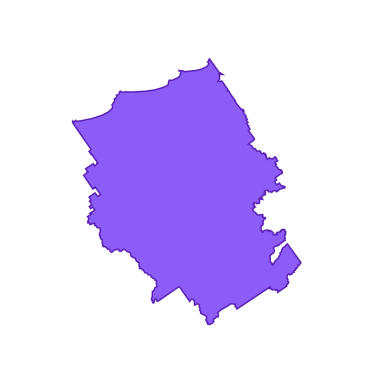 outline of Port Macquarie-Hastings, New South Wales, Australia, rotated 226°
{"feature_id": "25037944B90970778714828", "entity_name": "Port Macquarie-Hastings", "entity_type": "district", "adm_level": 2, "iso_a3": "AUS", "parent_name": "Australia", "parent_adm1": "New South Wales", "projection": "mercator", "projection_center": [152.45, -31.421], "detail": "fine", "context": "isolated", "style": "filled", "palette": "violet", "viewbox_px": 384, "rotation_deg": 226, "n_neighbors": 0, "source": "geoboundaries", "source_scale": "gbopen_adm2", "svg_char_len": 6001}
<svg xmlns="http://www.w3.org/2000/svg" viewBox="0 0 384 384"><g transform="rotate(226 192 192)"><path d="M142.5,87.9L141.2,88.0L140.4,87.1L139.1,87.0L138.7,87.6L140.7,90.4L140.5,91.8L137.8,91.1L137.7,91.5L137.1,91.5L132.9,117.2L114.8,114.3L115.6,116.5L113.9,118.3L111.3,117.7L110.4,116.4L108.8,115.3L108.4,115.7L108.2,118.1L105.7,118.9L103.9,117.0L102.5,116.9L101.6,115.4L100.4,115.4L98.7,114.0L92.7,116.0L91.6,115.6L90.3,113.0L88.7,113.1L88.3,112.3L87.3,112.4L86.3,111.5L84.8,112.1L83.4,115.6L83.7,117.8L85.0,118.2L85.4,119.4L85.0,121.4L85.3,122.7L84.3,123.6L84.1,124.3L85.0,125.6L87.3,126.4L87.1,128.3L87.4,129.9L84.9,139.6L85.1,141.1L83.5,143.5L81.9,144.3L81.0,145.4L79.8,143.5L79.1,143.4L78.3,144.0L76.6,143.1L69.5,182.2L69.1,181.6L69.2,180.9L68.7,180.5L67.4,181.8L65.9,181.7L64.0,183.8L63.3,184.0L62.9,185.0L62.2,184.7L61.9,185.5L61.0,185.8L60.6,185.6L60.7,184.5L60.3,184.0L59.6,187.7L58.5,194.6L59.3,195.0L59.2,195.9L59.6,196.0L59.3,197.8L60.4,199.2L61.0,198.6L62.5,200.2L62.9,199.9L63.6,200.7L64.6,201.0L65.4,201.6L66.1,203.8L65.5,205.0L64.8,204.7L63.8,205.8L64.1,206.8L63.6,207.1L64.0,209.1L63.4,209.7L64.5,210.2L64.0,211.9L65.1,213.2L64.3,213.7L64.8,214.4L64.4,215.5L65.9,217.5L64.7,218.6L65.3,219.7L65.5,221.3L88.3,224.6L88.7,223.4L88.1,221.2L88.8,218.8L88.3,216.8L87.2,215.7L86.9,212.8L85.4,211.7L85.4,210.0L84.4,208.0L84.6,204.3L83.4,199.3L84.3,199.3L85.5,200.2L87.4,199.8L88.3,200.3L89.3,201.9L90.6,202.3L90.9,203.1L92.1,203.9L91.6,208.5L92.2,210.1L92.9,210.8L95.3,211.6L95.2,214.3L94.0,215.4L93.9,217.5L93.4,217.8L93.6,220.3L93.1,220.8L93.6,221.6L92.9,222.7L92.9,224.5L92.5,225.4L93.3,225.7L93.7,226.7L96.2,228.0L96.1,229.0L97.3,229.8L97.0,230.4L98.3,231.9L99.1,231.7L100.5,232.5L101.7,231.8L101.7,231.2L102.7,230.2L102.4,229.2L101.7,228.8L101.9,228.3L102.5,228.3L102.3,227.8L102.9,226.2L103.8,225.2L103.6,223.9L102.9,223.7L103.6,223.5L103.1,222.9L103.9,221.3L104.6,221.0L105.7,221.8L107.5,222.1L109.4,221.4L109.8,221.8L110.3,220.4L110.9,220.4L110.8,219.8L111.2,219.8L111.3,220.3L112.0,220.2L113.6,218.1L114.5,215.9L113.9,215.2L114.8,214.4L115.9,215.2L116.6,215.0L117.1,215.9L118.0,216.1L119.0,218.3L119.6,218.4L119.2,219.8L119.6,221.2L120.4,221.2L122.6,224.8L121.8,226.0L122.6,227.0L123.8,226.0L124.6,225.9L124.9,225.3L125.8,225.9L126.3,227.1L126.9,227.1L129.7,223.2L132.8,223.4L134.2,223.0L136.6,223.3L138.2,224.1L137.4,225.0L137.8,226.1L137.3,227.2L140.5,227.3L140.2,228.5L141.2,229.2L139.6,230.6L138.6,230.5L137.2,232.4L137.2,232.9L139.2,234.9L140.2,235.1L139.7,235.7L140.5,236.3L140.1,236.9L139.0,236.8L137.6,237.7L140.4,238.5L140.0,239.5L140.4,241.4L139.2,242.3L140.7,242.9L139.8,243.5L140.0,244.2L142.4,244.9L140.9,247.5L138.6,247.3L137.7,248.8L136.3,249.1L136.6,250.8L134.9,253.2L133.6,253.0L133.2,253.6L133.1,257.1L131.5,259.8L131.8,261.0L130.7,261.1L130.5,261.5L130.8,262.3L131.5,262.4L132.2,262.2L132.5,261.4L133.5,261.4L134.8,260.6L137.7,261.0L138.3,258.0L142.2,258.6L141.8,261.2L144.4,261.6L143.3,269.0L142.8,270.1L143.5,270.8L145.1,271.3L145.6,270.8L146.1,271.4L146.6,270.8L148.6,270.1L150.3,270.7L152.0,270.2L153.2,270.7L153.0,271.7L155.8,272.2L154.8,275.3L156.9,275.5L157.4,276.2L157.9,275.9L159.3,276.4L159.9,275.2L159.5,273.9L159.7,273.2L161.8,271.5L162.8,271.5L163.1,268.8L165.1,269.2L165.0,269.8L167.1,270.2L167.0,270.9L168.7,271.2L168.8,270.6L170.2,270.8L170.4,269.5L171.9,268.6L173.6,269.5L174.9,269.2L175.4,267.7L176.2,266.9L178.9,267.6L180.5,266.4L183.7,267.0L187.3,265.8L186.3,272.4L186.9,273.9L197.2,275.4L196.9,277.4L199.1,277.8L200.1,278.2L200.0,278.6L203.3,278.7L203.0,280.5L206.2,281.2L206.0,282.3L209.0,282.6L208.9,283.5L214.3,284.4L214.1,285.7L215.9,286.0L216.0,284.9L217.8,285.1L217.9,284.8L224.0,285.3L227.1,285.8L227.0,286.4L236.8,287.9L239.1,288.7L240.3,287.7L240.8,288.0L240.8,288.9L251.1,290.6L252.4,288.3L253.6,287.6L253.5,288.6L254.2,290.3L256.4,292.5L257.9,293.2L255.2,295.7L258.2,295.1L258.6,294.5L275.3,297.0L275.0,296.3L275.5,296.2L275.4,295.6L273.9,293.9L274.4,293.6L272.7,293.2L272.0,291.6L272.1,289.3L273.6,284.7L276.2,279.9L281.4,273.1L284.2,269.9L285.8,269.6L286.3,268.4L286.7,268.6L287.3,267.7L288.5,267.2L288.1,266.8L286.4,267.5L285.1,266.5L285.2,265.5L284.2,264.9L283.9,263.0L284.1,261.1L285.7,256.5L286.6,254.5L288.1,253.6L288.0,252.4L285.7,249.4L286.1,247.1L287.3,243.8L291.5,235.8L296.5,228.9L305.6,218.2L310.3,213.7L310.7,212.8L312.9,210.7L314.3,210.6L314.4,209.2L313.6,208.6L313.2,207.6L313.6,205.1L314.0,204.9L312.9,204.4L312.3,202.5L313.0,200.8L312.0,200.5L311.1,199.3L310.2,194.9L308.9,194.5L307.5,192.7L307.7,187.3L309.7,180.6L314.2,171.2L320.7,161.0L323.0,158.2L323.6,157.9L324.3,158.1L324.3,156.8L324.8,155.4L325.4,155.5L325.1,155.1L325.5,155.0L324.6,154.2L323.6,154.7L322.7,153.9L292.9,149.0L292.5,147.3L292.8,146.2L289.3,145.6L289.6,146.2L289.3,146.2L278.3,144.4L278.2,144.0L278.8,143.8L278.3,142.6L278.2,140.1L281.0,140.6L282.6,131.6L278.5,130.9L279.2,130.0L278.8,128.6L279.3,125.7L263.2,122.8L263.1,123.8L262.6,123.8L262.4,125.0L262.9,125.1L262.8,125.9L253.7,124.4L254.4,121.2L258.7,121.6L259.9,114.4L256.3,113.8L256.6,111.9L252.5,111.2L253.0,108.1L250.4,107.6L250.0,110.2L246.6,109.6L247.6,103.7L246.0,104.4L246.9,99.7L244.7,99.6L242.9,96.2L242.0,95.7L241.7,96.5L239.3,96.0L239.1,97.2L238.6,97.4L238.7,98.8L237.8,99.1L237.2,100.3L236.5,100.1L235.7,98.8L234.1,99.6L232.5,98.9L230.1,100.7L227.5,99.1L226.6,97.0L225.0,95.2L224.0,95.4L222.9,94.3L221.5,93.9L219.9,94.4L218.4,92.4L217.4,92.3L215.6,90.4L214.5,90.2L212.4,91.7L209.1,91.7L208.1,92.9L206.0,91.8L204.4,92.2L204.1,96.3L203.0,97.5L202.9,98.5L201.2,99.4L200.4,98.6L198.5,99.8L198.4,102.6L198.0,103.5L193.8,104.1L192.2,105.0L190.5,105.2L188.3,103.6L185.6,104.2L183.8,105.3L181.0,104.0L177.9,104.7L175.5,102.4L174.5,102.4L173.5,101.1L171.8,102.5L170.8,102.2L169.6,102.8L166.8,102.0L164.6,103.4L162.9,103.0L161.1,104.4L159.0,103.6L158.0,104.1L156.7,104.0L155.4,104.9L154.0,104.1L153.3,104.9L152.0,104.2L151.5,103.0L148.2,101.2L148.9,98.9L147.5,95.9L148.0,94.5L145.3,91.7L144.4,91.3L144.0,89.6L142.5,87.9Z" fill="#8b5cf6" stroke="#5b21b6" stroke-width="1.5"/></g></svg>